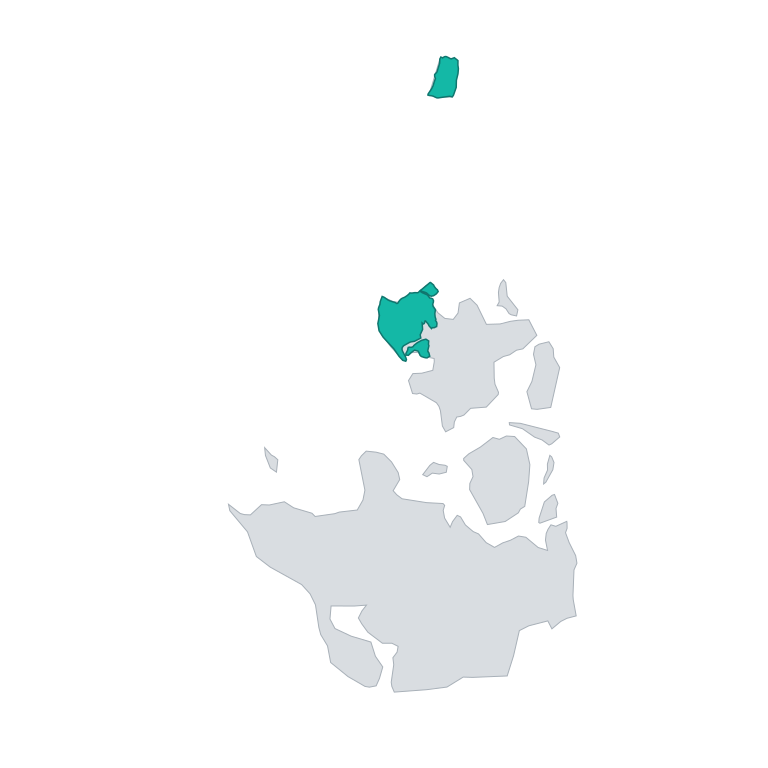 Denmark, with Hovedstaden highlighted, rotated 259°
{"feature_id": "DNK-3419", "entity_name": "Hovedstaden", "entity_type": "Region", "adm_level": 1, "iso_a3": "DNK", "parent_name": "Denmark", "parent_adm1": "", "projection": "natural_earth1", "projection_center": [12.898, 55.56], "detail": "fine", "context": "in_parent", "style": "filled", "palette": "teal", "viewbox_px": 768, "rotation_deg": 259, "n_neighbors": 0, "source": "natural_earth", "source_scale": "10m", "svg_char_len": 6138}
<svg xmlns="http://www.w3.org/2000/svg" viewBox="0 0 768 768"><g transform="rotate(259 384 384)"><path d="M214.3,537.2L213.0,537.2L207.4,536.2L203.4,533.8L193.0,535.5L179.0,539.4L171.3,539.2L165.2,535.0L140.2,529.1L136.2,528.6L119.7,528.4L119.1,518.9L117.2,512.2L111.6,502.1L120.2,499.6L119.0,480.0L116.1,469.8L92.5,459.3L73.9,449.2L79.1,415.0L81.2,405.8L74.5,388.0L75.8,367.5L79.6,335.3L85.6,334.0L89.9,334.2L106.6,340.0L113.6,340.5L118.3,345.7L123.8,347.8L128.0,342.3L129.8,333.0L143.4,320.8L152.8,316.4L159.2,314.2L165.5,319.1L170.3,324.6L171.7,312.6L176.2,289.7L163.6,286.1L153.3,289.2L142.7,303.7L133.2,321.9L118.4,323.6L106.5,328.8L95.9,323.4L89.2,318.7L89.2,311.8L90.8,307.6L103.7,292.8L120.8,278.5L137.7,278.6L150.0,274.1L157.4,273.6L180.3,274.6L192.1,271.4L202.8,264.9L226.0,237.3L239.0,225.8L264.9,221.8L289.0,208.5L295.6,208.4L284.3,218.2L282.4,222.1L281.0,227.9L288.9,240.7L287.1,248.4L287.4,263.7L279.7,271.7L270.9,288.6L267.1,291.1L266.1,310.9L266.8,315.7L265.4,333.7L274.1,341.2L283.4,345.0L314.6,344.9L317.8,348.1L321.5,353.7L318.6,363.2L315.2,370.4L306.1,376.5L294.4,381.0L287.2,381.2L277.5,372.6L272.8,375.4L267.9,379.8L259.4,403.2L255.4,419.1L253.3,420.4L248.7,418.0L240.8,417.9L230.7,421.6L235.8,425.0L241.1,430.8L238.9,433.8L230.1,437.0L222.1,443.4L218.8,448.2L208.8,454.0L202.5,461.3L205.4,470.3L206.5,478.3L209.1,487.0L206.5,494.0L194.1,504.1L189.4,512.8L199.9,512.7L206.3,514.7L210.1,517.3L213.9,521.0L211.5,525.5L214.3,537.2ZM465.5,428.2L465.7,439.5L463.4,442.8L460.1,445.0L451.2,447.3L443.6,450.5L436.8,456.2L434.2,464.3L439.5,470.2L449.2,473.5L451.7,484.8L443.6,490.4L423.0,495.9L420.8,509.4L421.4,520.0L421.0,527.7L419.4,538.4L402.6,543.3L392.0,527.0L391.9,520.5L388.7,512.9L388.2,506.4L384.4,496.1L368.7,493.3L362.6,492.9L354.0,494.8L351.9,494.1L341.8,480.0L343.6,464.4L338.3,456.6L337.6,453.0L337.7,449.1L333.3,445.8L327.9,444.1L325.3,435.4L331.6,433.3L347.0,434.3L351.5,433.7L355.6,431.9L368.2,417.5L367.9,414.3L369.2,410.2L382.7,408.7L388.7,414.3L387.4,423.1L388.1,434.5L396.3,437.6L399.5,438.1L402.9,429.7L405.3,425.6L408.6,423.3L409.7,415.6L407.8,410.9L403.7,407.4L419.0,397.9L434.8,390.4L444.0,390.0L453.2,391.9L461.8,394.4L466.5,396.6L469.1,400.1L463.3,408.5L461.7,413.1L465.5,428.2ZM295.7,448.0L299.3,454.0L303.7,466.6L310.7,480.7L307.7,486.7L309.6,494.2L307.5,502.2L293.1,511.4L277.0,511.8L260.4,507.3L237.0,498.8L235.2,494.0L231.9,491.3L225.9,476.7L226.3,458.7L238.1,456.5L264.0,447.9L270.0,449.3L276.1,453.7L283.3,453.9L293.8,447.7L295.7,448.0ZM358.3,529.7L373.9,536.8L384.6,536.4L391.8,539.3L393.5,543.8L394.0,553.9L386.4,556.8L378.0,555.8L366.6,559.6L329.2,543.2L329.9,529.5L331.5,524.1L349.2,522.8L358.3,529.7ZM688.6,514.9L685.4,516.8L670.7,513.6L652.8,505.7L655.2,490.3L659.7,483.6L692.4,500.9L692.9,507.4L688.6,514.9ZM302.5,545.7L298.5,546.4L293.3,537.2L292.6,534.3L299.0,528.4L303.1,521.7L313.7,511.4L319.9,499.4L322.2,499.6L319.4,510.3L305.3,540.2L302.5,545.7ZM243.0,530.3L233.7,531.9L229.0,529.1L220.4,528.1L217.6,510.5L218.5,509.5L222.8,510.7L237.6,518.9L242.7,527.8L243.0,530.3ZM463.6,521.2L460.3,522.9L446.7,521.7L431.3,529.6L425.5,527.1L427.7,522.0L429.3,520.2L434.5,518.1L437.9,514.9L439.3,510.0L442.5,512.7L452.0,513.8L456.6,515.4L460.5,517.7L463.6,521.2ZM292.6,428.4L291.1,430.4L285.5,428.3L285.1,421.0L287.3,414.4L284.8,408.5L287.6,404.7L295.4,413.5L297.6,417.7L294.5,422.6L292.6,428.4ZM333.5,262.6L329.9,265.3L318.0,261.6L323.3,256.4L336.5,254.0L344.3,254.7L335.7,259.9L333.5,262.6ZM280.4,534.7L274.5,535.9L267.7,533.4L256.7,524.1L255.4,521.6L261.2,523.2L268.3,528.1L274.2,529.1L282.3,533.2L280.4,534.7ZM474.1,449.5L465.7,454.4L463.9,454.1L461.2,447.5L465.6,443.5L468.2,440.1L470.0,440.2L472.5,443.8L474.1,449.5Z" fill="#d9dde1" stroke="#a8b0b8" stroke-width="1"/><path d="M422.1,428.9L420.1,422.1L420.2,418.1L419.8,416.5L417.8,410.5L416.4,408.9L414.8,408.3L412.9,408.4L406.2,410.4L403.6,410.7L402.2,409.7L403.7,406.9L408.2,404.1L416.6,400.4L430.1,392.1L437.2,389.3L444.5,389.5L452.1,392.6L458.3,392.6L460.0,393.3L463.1,395.3L465.7,396.1L470.3,398.9L469.1,400.7L465.5,404.2L464.2,406.1L461.8,410.6L460.6,411.9L460.6,412.8L463.1,415.3L464.3,417.1L464.8,418.6L465.2,420.7L466.2,423.2L467.4,425.4L468.5,426.8L468.1,427.9L467.9,429.4L467.8,431.8L467.3,433.8L467.2,434.5L467.3,435.1L467.6,435.6L468.5,436.8L466.6,438.6L463.1,443.6L459.7,445.3L459.2,446.7L458.3,448.0L456.4,448.5L454.9,448.1L453.9,447.5L452.7,447.0L450.9,447.0L447.0,448.6L443.3,447.3L440.1,447.0L437.6,447.3L436.5,446.7L434.7,447.5L433.1,447.5L430.3,446.6L430.2,445.3L429.8,444.8L429.7,444.2L429.8,443.4L429.9,443.0L430.0,442.6L430.1,442.3L430.0,442.1L429.9,441.9L429.3,441.2L432.3,439.4L434.4,438.8L437.8,436.9L438.1,436.4L437.9,436.2L436.2,435.4L435.9,435.2L435.7,434.9L435.5,434.6L435.4,434.0L436.6,433.1L430.2,432.3L428.8,431.3L425.4,428.9L422.1,428.9L422.1,428.9ZM694.1,502.2L693.7,502.7L693.5,503.1L693.3,503.4L692.9,503.7L693.6,505.4L693.8,506.5L693.6,507.4L692.7,508.8L690.8,511.1L690.3,512.3L690.6,513.2L690.6,513.9L690.9,515.3L689.5,516.5L688.5,517.4L687.3,518.3L683.0,517.4L679.3,517.2L674.4,515.8L668.3,513.0L661.4,511.5L654.1,507.2L652.8,505.8L653.9,503.4L654.2,498.6L654.5,491.7L654.8,490.5L655.6,489.3L657.3,487.0L658.0,485.3L658.6,483.4L659.3,482.2L660.5,482.8L664.2,486.6L665.4,487.6L667.4,489.1L670.7,490.8L674.1,492.8L676.5,492.4L678.2,492.8L679.7,495.0L680.7,495.9L681.8,496.4L688.2,499.8L692.3,500.8L694.1,502.2ZM402.5,434.2L402.4,433.3L401.6,431.8L401.4,431.4L401.7,430.1L402.4,428.5L403.9,425.9L405.2,424.9L408.3,424.3L409.9,423.6L411.4,420.4L409.6,416.7L407.5,413.4L408.2,411.2L409.7,411.3L412.8,413.7L414.5,414.3L415.3,414.8L415.3,416.0L414.9,417.2L414.8,418.1L415.1,419.6L415.5,420.1L415.9,420.4L416.5,421.3L418.2,424.6L419.7,429.3L420.0,433.7L417.7,436.1L414.5,435.2L413.0,435.4L408.8,433.5L407.4,433.2L407.2,433.3L407.1,433.6L406.0,434.0L402.6,434.2L402.5,434.2ZM469.7,439.2L474.8,448.5L474.8,449.0L471.7,451.6L470.4,451.9L468.8,452.6L467.3,453.5L466.3,454.4L464.4,454.8L462.5,452.6L461.2,449.5L461.2,447.0L462.2,445.5L463.3,444.6L464.5,443.8L465.4,443.0L466.3,441.6L467.8,438.8L469.0,437.7L469.4,438.4L469.5,438.7L469.7,439.2Z" fill="#14b8a6" stroke="#0f766e" stroke-width="1.5"/></g></svg>